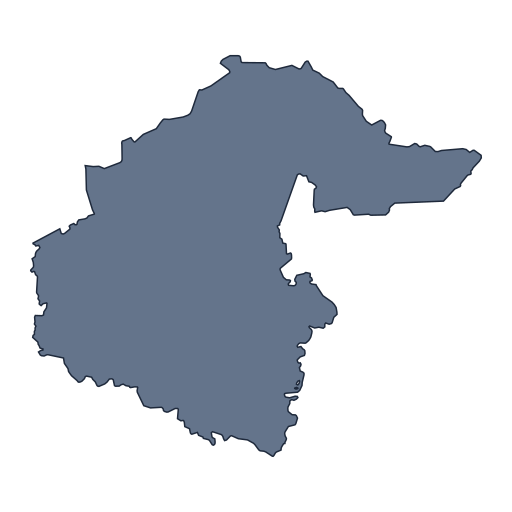 map outline of Tyumen' (orthographic projection)
{"feature_id": "RUS-2398", "entity_name": "Tyumen'", "entity_type": "Region", "adm_level": 1, "iso_a3": "RUS", "parent_name": "Russia", "parent_adm1": "", "projection": "orthographic", "projection_center": [69.281, 57.561], "detail": "fine", "context": "isolated", "style": "filled", "palette": "slate", "viewbox_px": 512, "rotation_deg": 0, "n_neighbors": 0, "source": "natural_earth", "source_scale": "10m", "svg_char_len": 5987}
<svg xmlns="http://www.w3.org/2000/svg" viewBox="0 0 512 512"><path d="M224.6,440.6L223.6,438.8L222.8,436.3L221.6,434.7L212.5,431.7L211.3,432.8L212.0,436.9L212.7,437.7L214.8,438.9L215.1,442.0L215.0,443.4L214.5,444.5L213.3,445.2L212.2,444.7L209.6,440.6L208.6,439.7L203.4,438.4L202.9,437.0L198.6,435.3L197.4,432.4L191.8,434.2L190.9,433.7L190.4,432.9L189.5,428.7L184.8,426.6L184.3,422.2L183.8,420.9L183.1,420.4L180.9,420.8L177.5,418.7L178.3,409.3L177.7,408.5L175.1,408.5L168.1,412.0L166.7,412.1L164.4,411.4L163.5,410.5L163.2,408.9L162.2,407.7L161.3,407.3L150.5,407.9L143.8,405.7L137.3,392.2L137.1,390.7L137.7,387.4L137.4,387.0L134.9,386.8L130.5,387.6L129.7,387.2L129.5,386.4L129.0,386.2L125.9,385.7L123.2,384.1L121.0,384.8L119.2,386.1L115.4,386.2L114.5,385.6L113.2,379.6L111.8,378.8L109.3,379.1L107.0,382.1L104.8,383.9L98.9,386.4L97.6,386.1L97.0,385.5L95.3,381.9L92.8,379.4L91.6,377.2L86.5,376.1L85.3,376.6L84.4,378.7L81.8,381.3L79.9,382.1L78.3,382.1L77.0,380.5L71.5,375.7L68.6,371.6L68.0,368.6L64.4,363.4L63.5,358.0L48.4,354.8L47.0,354.7L44.1,356.0L41.5,355.7L40.3,355.0L38.5,352.0L40.8,350.5L42.9,350.1L43.0,349.0L40.0,348.0L39.1,345.6L38.2,344.3L37.9,342.1L32.7,337.4L33.1,335.4L34.4,334.4L34.4,331.3L35.1,330.2L35.1,327.9L35.9,326.1L34.4,324.0L35.0,322.0L34.6,317.2L35.3,315.5L41.9,315.7L43.5,315.0L43.9,311.8L46.5,307.9L47.0,303.3L46.5,302.9L43.1,303.7L41.1,305.6L39.3,304.2L39.2,303.6L39.6,301.0L38.0,298.8L38.5,296.4L38.5,295.6L36.7,292.9L36.6,291.9L37.5,276.8L37.0,275.8L35.6,274.7L34.6,271.7L33.8,271.4L32.0,272.1L30.7,270.8L30.8,270.0L33.4,267.2L33.6,265.7L33.3,262.4L32.1,258.8L35.2,256.6L35.5,253.6L36.0,252.2L36.8,251.0L39.2,248.8L39.9,247.5L38.7,245.4L35.8,246.0L35.0,244.8L33.1,243.8L33.0,243.1L59.8,228.8L61.2,233.3L61.5,233.6L63.2,234.0L64.5,233.5L69.8,229.2L70.0,228.0L69.2,226.2L70.4,225.0L73.8,223.5L75.0,224.7L76.4,224.7L77.0,224.2L77.4,221.9L78.8,219.9L84.8,218.9L86.8,218.1L88.5,215.9L94.3,214.1L94.3,213.5L92.5,209.8L86.4,190.0L85.9,169.1L85.2,165.6L93.2,166.6L98.9,166.3L104.3,168.6L120.0,162.6L121.4,161.5L122.0,160.1L122.1,158.4L121.9,144.5L121.7,143.0L122.1,141.5L122.5,141.0L124.5,140.5L130.6,137.7L131.3,138.0L131.7,139.1L134.0,141.8L134.9,142.0L143.3,134.4L156.3,128.7L160.3,123.0L162.9,119.8L164.0,119.1L169.4,119.4L183.2,117.0L187.9,115.2L190.1,113.7L191.6,111.1L198.2,91.7L199.4,89.8L201.9,90.0L210.8,86.0L229.7,72.7L229.8,71.5L228.8,69.7L220.4,63.3L221.3,61.1L223.0,59.4L230.1,55.7L238.2,55.7L239.6,56.1L240.3,57.1L241.1,61.6L241.6,62.4L242.9,62.6L265.2,62.8L266.0,63.5L266.9,65.3L269.2,67.7L275.4,69.5L291.9,65.4L298.9,68.9L299.8,68.9L301.1,68.5L305.2,62.1L306.9,61.1L308.0,61.2L311.3,67.0L312.8,70.1L319.3,73.2L322.7,76.6L333.2,82.0L337.8,88.0L339.1,88.4L342.7,88.4L343.4,88.9L345.9,92.6L349.2,95.5L358.4,106.4L362.0,109.2L362.6,110.4L362.4,114.1L362.6,115.6L366.3,121.3L371.7,125.0L380.6,120.3L382.0,120.4L383.3,121.3L384.4,122.6L385.6,124.9L385.3,128.4L384.6,130.5L384.9,131.7L385.7,133.1L391.3,136.7L391.4,137.2L389.9,141.3L388.9,143.3L389.1,144.2L406.9,146.9L409.5,146.6L414.7,143.5L416.7,144.0L419.0,146.3L420.2,146.8L424.8,145.3L429.7,146.4L430.7,146.9L435.3,151.5L438.0,151.6L441.5,150.5L462.7,148.7L466.2,149.5L469.7,152.4L473.0,150.3L474.2,150.3L481.1,155.3L481.3,157.9L479.3,161.2L473.1,167.8L472.1,169.8L471.1,170.6L470.8,171.6L471.1,173.4L470.7,174.3L468.2,174.9L467.1,175.7L461.0,183.2L460.4,184.4L460.6,185.7L460.1,186.5L454.7,189.0L443.5,201.1L394.8,203.1L390.5,206.6L389.3,208.6L389.5,210.1L388.6,212.2L385.6,214.9L370.8,215.2L368.6,214.2L354.4,215.1L353.3,214.7L350.2,209.6L347.1,207.4L329.6,210.3L325.1,211.7L321.6,210.8L315.0,212.3L314.7,211.2L314.8,209.0L313.8,207.1L313.5,205.0L314.2,190.5L314.4,189.2L316.0,188.1L316.5,186.8L315.2,185.0L311.6,182.4L308.9,181.8L306.5,175.7L303.2,176.0L300.1,173.8L298.4,174.1L297.3,174.9L281.0,220.9L279.7,223.3L279.7,224.9L277.4,225.9L277.5,227.2L279.3,229.9L279.1,231.7L279.9,233.5L279.8,237.7L281.9,239.2L282.8,243.1L285.7,243.7L286.0,244.3L286.5,253.7L287.4,254.1L290.4,253.0L291.1,253.4L291.5,254.9L291.6,257.9L291.4,259.0L280.4,268.2L280.0,269.1L280.3,270.3L283.4,277.3L286.3,279.8L289.5,280.0L290.4,280.5L290.2,281.8L288.4,283.6L288.3,284.6L288.6,285.3L293.8,285.8L295.2,285.3L295.9,284.4L296.3,283.2L296.2,282.3L295.0,281.1L294.8,279.3L296.8,275.3L303.9,273.7L305.8,272.5L310.0,273.4L310.3,274.4L310.0,276.9L311.5,277.9L312.3,280.0L312.0,280.7L310.0,281.4L309.8,282.3L310.0,282.9L311.5,284.0L316.0,284.6L316.5,285.9L322.9,295.7L332.0,302.1L334.2,304.5L336.1,307.5L336.9,312.1L337.0,314.4L333.8,317.3L332.1,322.8L331.3,323.6L329.1,324.2L325.7,323.0L324.8,324.2L324.8,326.9L323.2,328.2L318.8,327.2L314.7,328.0L309.7,326.0L309.0,326.6L309.3,327.6L311.4,329.6L312.0,331.1L311.8,333.0L310.8,337.0L309.7,339.0L308.7,340.5L306.1,342.8L305.2,343.2L300.3,342.9L298.8,343.6L297.4,345.3L297.2,346.3L297.8,347.3L300.9,346.5L302.7,348.8L304.1,349.7L304.8,350.7L305.0,353.5L304.4,355.4L300.2,356.9L297.3,359.8L297.2,360.4L298.0,362.5L299.0,363.1L300.2,362.8L301.0,364.2L300.7,365.8L299.4,367.6L300.2,371.0L302.8,372.1L304.0,373.2L304.0,374.9L302.2,382.4L302.0,385.5L299.7,390.4L297.6,392.2L286.1,393.2L284.6,393.6L284.4,394.7L285.0,396.5L285.8,397.1L289.6,397.8L295.1,396.2L297.3,396.4L297.9,397.6L296.3,399.2L293.9,400.3L291.6,399.6L289.8,401.0L289.8,403.5L288.0,407.0L287.8,408.4L288.0,410.8L288.4,411.7L292.1,414.7L295.4,414.9L296.3,415.6L297.5,418.1L295.8,423.7L295.0,424.8L288.4,426.5L285.6,431.0L284.8,432.5L284.7,433.9L285.2,436.1L286.4,438.3L286.3,439.5L284.9,442.5L284.9,443.5L283.6,443.7L281.7,446.8L281.2,448.1L281.0,450.1L276.4,452.0L275.4,452.9L273.9,455.5L273.1,456.3L272.3,456.2L265.7,451.9L263.9,451.2L260.1,450.8L258.8,449.9L254.9,444.6L253.6,443.3L247.5,439.9L238.3,438.7L231.6,435.7L230.4,436.0L226.5,440.0L224.6,440.6ZM297.5,384.9L298.3,384.6L299.2,383.1L299.6,381.5L299.4,380.6L298.1,381.0L296.8,382.7L296.4,384.2L297.5,384.9ZM296.0,389.1L297.0,388.9L297.9,388.4L297.8,387.9L296.5,387.4L294.7,388.1L294.7,388.5L296.0,389.1Z" fill="#64748b" stroke="#1e293b" stroke-width="1.5"/></svg>